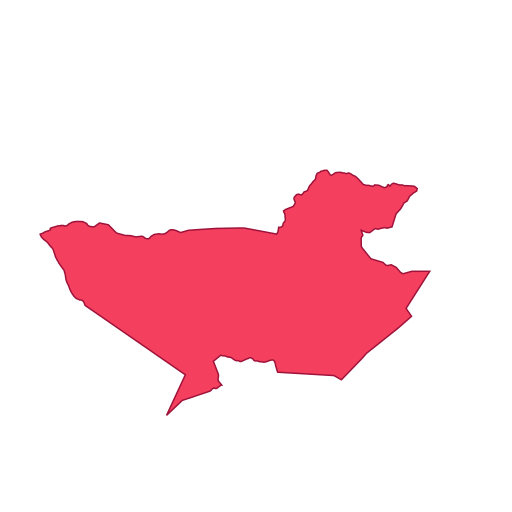 outline of Santiago Atitlán, Oaxaca, Mexico, rotated 142°
{"feature_id": "50627088B29735137627697", "entity_name": "Santiago Atitlán", "entity_type": "district", "adm_level": 2, "iso_a3": "MEX", "parent_name": "Mexico", "parent_adm1": "Oaxaca", "projection": "robinson", "projection_center": [-95.925, 17.09], "detail": "fine", "context": "isolated", "style": "filled", "palette": "rose", "viewbox_px": 512, "rotation_deg": 142, "n_neighbors": 0, "source": "geoboundaries", "source_scale": "gbopen_adm2", "svg_char_len": 4189}
<svg xmlns="http://www.w3.org/2000/svg" viewBox="0 0 512 512"><g transform="rotate(142 256 256)"><path d="M175.7,276.0L176.9,276.3L178.7,276.9L180.3,276.4L182.2,276.0L183.2,276.8L184.4,278.6L186.3,279.4L189.6,278.8L190.8,277.8L191.3,276.7L191.8,275.1L192.0,273.9L193.1,273.3L196.3,272.1L197.2,272.5L198.6,272.8L199.6,273.2L201.1,273.6L202.1,273.9L204.6,274.6L205.5,274.3L206.5,274.6L207.1,273.3L207.2,272.2L208.0,270.2L209.0,269.0L210.1,267.0L211.9,265.4L213.7,265.3L214.3,265.1L216.5,263.2L218.2,263.4L219.5,263.7L220.4,264.7L222.1,263.1L223.9,261.5L225.5,260.8L226.2,260.5L247.6,284.8L249.6,286.5L249.9,286.8L270.5,302.3L287.8,314.1L293.5,317.9L301.0,320.9L303.4,325.4L304.9,327.4L306.8,329.0L308.4,329.6L311.2,329.4L313.5,329.6L315.4,330.3L317.3,331.6L318.8,333.3L320.8,334.4L322.1,335.2L323.5,335.8L324.8,335.8L325.5,336.0L326.5,336.1L327.8,335.9L328.8,335.7L330.1,335.7L331.0,336.5L331.7,337.2L332.5,338.3L332.7,339.8L333.1,340.8L333.8,341.9L338.9,345.0L342.3,349.3L346.5,352.8L351.8,360.0L353.1,371.5L359.0,378.4L365.7,378.6L366.9,379.8L368.1,380.9L368.7,381.8L369.3,382.6L369.6,383.8L369.6,384.8L369.4,385.8L371.4,389.8L374.9,392.8L377.5,394.6L380.0,395.8L383.8,396.5L385.0,396.4L386.2,396.3L387.1,396.7L388.5,397.5L388.8,398.5L389.5,398.8L390.5,400.0L391.9,400.4L393.1,401.5L396.2,402.7L397.2,403.1L398.6,403.7L400.2,404.3L401.2,404.4L401.7,403.4L402.4,403.2L403.5,403.5L404.5,403.9L406.7,404.7L407.8,405.0L409.8,405.2L411.5,405.8L412.7,406.1L413.4,403.2L413.2,400.3L412.7,398.4L412.0,395.6L412.0,392.9L412.0,390.0L411.7,387.6L411.8,386.1L412.7,383.7L413.5,381.3L414.5,378.9L414.8,377.2L415.2,375.4L415.3,373.5L415.7,371.8L415.8,369.4L415.9,367.6L416.0,365.8L416.0,363.0L417.1,360.5L417.7,358.8L418.7,357.2L420.2,354.5L420.8,353.0L421.3,351.4L422.0,347.9L423.1,344.6L423.7,341.9L424.0,339.9L424.2,337.4L424.2,335.7L423.8,333.2L422.9,331.7L422.0,329.9L421.0,329.2L420.1,327.5L420.1,325.4L421.1,322.2L413.6,298.3L384.8,205.9L417.2,189.3L424.6,185.5L403.0,187.6L375.6,177.9L374.1,177.8L373.3,178.1L372.0,178.2L370.2,177.8L369.8,176.8L369.0,176.1L367.9,175.8L365.8,175.8L363.3,175.8L362.5,175.3L362.6,179.4L362.5,181.2L361.5,182.6L360.2,183.7L359.0,185.1L358.3,186.5L354.4,199.3L344.8,199.5L343.8,197.9L342.1,196.5L341.4,195.5L340.8,194.2L340.1,193.5L339.1,192.4L338.2,191.5L337.7,190.0L337.4,188.7L336.9,187.3L336.3,186.1L335.6,185.3L334.9,184.8L334.1,184.1L333.6,182.8L332.9,182.1L330.7,181.5L329.8,181.3L326.9,180.6L326.2,180.4L325.0,179.9L324.2,180.0L322.9,179.3L322.6,178.6L322.2,177.8L321.8,176.8L321.9,175.1L321.6,174.3L320.9,173.5L320.2,173.1L319.4,172.3L319.1,171.8L318.4,170.7L317.8,170.1L317.0,169.3L316.5,168.9L315.6,167.9L314.0,166.7L312.8,166.4L311.7,165.8L310.4,165.6L308.6,164.8L307.1,164.1L306.4,163.1L306.3,161.6L307.1,159.2L308.1,157.4L308.6,155.9L309.1,154.7L309.5,153.8L310.5,151.1L268.2,113.8L264.9,105.9L235.6,110.0L228.8,111.3L188.3,111.7L170.6,112.7L170.0,122.3L128.5,137.0L142.6,148.0L151.1,151.5L152.2,154.1L152.5,160.6L154.8,165.8L158.2,167.5L159.3,168.8L159.9,172.8L167.2,183.1L167.4,196.9L167.1,198.8L161.9,205.6L159.0,206.6L157.3,211.5L154.4,206.6L152.0,204.4L145.3,204.3L143.3,201.9L140.8,201.0L137.0,199.1L135.6,197.2L130.9,195.2L119.6,203.0L113.0,204.1L108.5,205.9L107.0,206.7L102.9,206.3L98.1,208.5L92.9,208.7L89.4,208.3L87.4,209.9L88.3,213.5L89.3,214.3L90.3,215.5L91.4,216.4L93.0,217.7L94.2,218.9L95.7,219.9L96.9,221.8L98.7,223.3L99.4,223.9L102.3,228.1L103.0,228.8L104.7,229.1L107.5,228.6L107.5,229.7L107.7,230.7L108.8,230.9L109.5,230.1L110.7,230.1L112.7,230.7L113.4,231.8L114.4,233.6L115.7,236.2L118.8,239.0L119.8,238.7L121.1,239.2L122.5,240.7L123.9,242.5L125.2,243.5L125.7,243.7L126.6,245.3L127.5,246.4L127.5,248.0L127.7,250.2L128.0,253.9L128.6,257.5L129.2,258.6L130.0,260.0L130.6,262.1L131.3,263.6L132.1,264.6L134.1,265.2L135.1,266.8L136.4,268.0L137.5,269.5L139.0,270.8L141.8,272.6L143.9,272.9L144.6,272.8L145.9,273.0L146.8,273.1L147.5,274.1L147.5,275.7L147.2,277.8L147.3,279.9L148.3,280.5L149.3,281.5L150.9,281.9L152.5,282.8L154.2,282.7L156.6,283.5L158.4,282.8L159.5,282.1L161.2,280.4L162.8,279.7L165.5,279.5L166.9,279.0L168.9,278.6L170.6,278.3L172.6,277.3L175.1,275.9L175.7,276.0Z" fill="#f43f5e" stroke="#9f1239" stroke-width="1.5"/></g></svg>